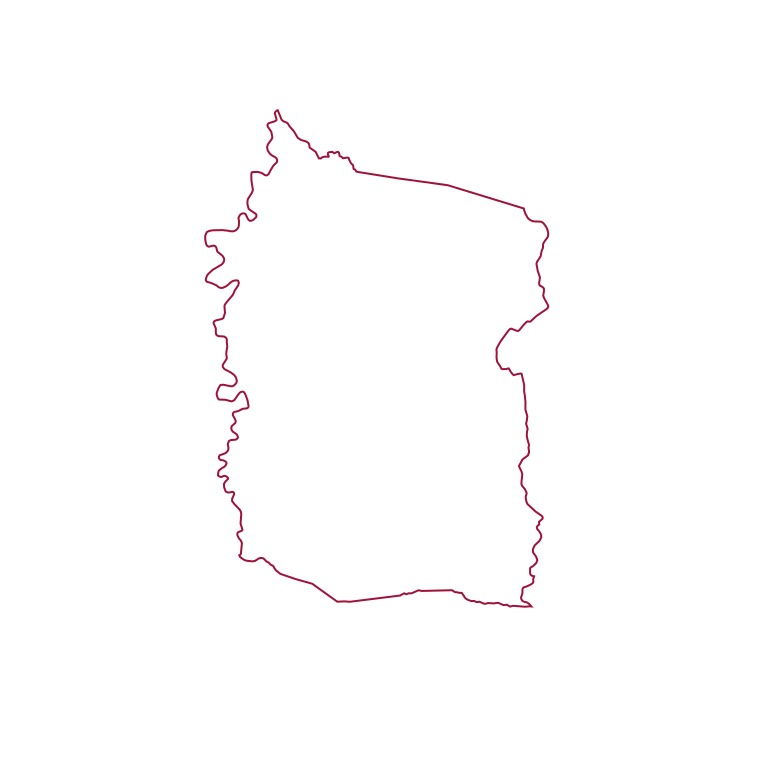 Tocoa, Colón, Honduras, rotated 308°
{"feature_id": "27666195B94157421146472", "entity_name": "Tocoa", "entity_type": "district", "adm_level": 2, "iso_a3": "HND", "parent_name": "Honduras", "parent_adm1": "Colón", "projection": "mercator", "projection_center": [-85.973, 15.578], "detail": "fine", "context": "isolated", "style": "outline", "palette": "rose", "viewbox_px": 768, "rotation_deg": 308, "n_neighbors": 0, "source": "geoboundaries", "source_scale": "gbopen_adm2", "svg_char_len": 6166}
<svg xmlns="http://www.w3.org/2000/svg" viewBox="0 0 768 768"><g transform="rotate(308 384 384)"><path d="M214.2,317.2L213.9,318.9L213.3,319.5L209.2,319.1L206.7,319.4L204.2,321.6L202.1,324.9L201.9,325.9L202.3,327.6L202.9,328.5L205.9,331.2L206.0,332.6L205.6,333.2L204.8,333.8L200.0,335.0L198.2,336.4L197.3,339.9L196.1,347.8L195.3,349.7L193.9,351.4L185.7,356.9L182.0,362.2L180.8,362.3L177.5,360.3L176.4,360.3L175.4,360.8L174.4,361.9L173.0,364.8L172.6,367.2L171.3,369.9L162.2,375.7L161.2,375.9L159.9,375.4L159.1,377.1L159.1,380.0L159.5,383.0L160.6,385.3L163.3,389.6L165.2,391.3L169.1,392.6L170.4,393.4L171.5,394.5L172.2,396.0L172.3,397.3L171.8,400.4L172.3,403.3L171.8,405.5L172.4,408.8L171.4,411.0L170.6,413.7L170.6,419.3L175.9,434.5L182.4,450.4L183.7,481.2L188.4,486.7L191.4,491.2L227.1,526.8L231.5,528.8L232.0,531.0L234.1,532.2L235.9,534.5L242.7,538.2L244.2,541.2L263.4,564.6L263.7,568.1L264.9,569.9L265.8,572.0L267.3,573.9L266.4,576.4L266.3,577.4L265.5,578.8L265.3,581.3L265.7,583.5L266.8,586.6L268.6,588.7L269.1,591.3L271.2,593.3L272.5,598.2L273.4,599.4L275.3,600.7L278.7,605.6L281.8,608.5L283.4,614.5L285.7,616.7L286.2,620.3L288.7,622.3L295.4,632.4L298.2,635.3L299.4,637.1L300.0,634.3L300.0,631.9L299.7,630.5L298.8,629.0L298.3,626.7L298.9,624.8L300.2,623.4L304.2,622.0L307.6,619.4L309.1,619.2L310.1,619.5L312.5,621.2L316.6,623.2L318.7,623.8L319.9,623.6L322.6,621.4L324.9,620.7L323.8,618.1L324.1,616.7L324.8,615.6L328.7,612.6L329.6,612.5L332.2,613.5L336.4,614.2L339.3,613.4L340.2,612.5L341.7,609.9L343.0,605.3L344.6,603.6L346.1,602.9L349.5,602.1L356.1,603.1L359.7,602.4L361.1,601.5L362.1,600.2L363.1,598.1L364.1,594.0L365.2,592.6L366.5,592.3L369.0,592.8L370.4,591.3L371.1,591.0L375.1,591.9L376.4,591.4L377.0,590.4L377.2,589.1L376.8,582.1L377.7,571.0L379.0,568.6L381.3,566.0L382.7,564.9L385.4,563.9L386.2,563.1L387.8,560.0L388.8,555.5L389.6,554.1L391.5,552.6L397.7,548.8L399.7,546.3L402.0,541.5L402.7,540.8L409.8,539.6L416.5,541.4L419.7,540.2L422.9,537.0L425.3,535.8L428.7,531.1L431.2,528.3L434.2,526.2L437.2,524.7L440.2,520.4L443.4,518.9L446.8,516.8L451.0,511.1L457.1,506.4L461.7,502.0L464.2,499.2L469.5,495.1L476.2,486.8L476.7,486.2L476.5,485.4L475.0,483.9L470.8,480.7L471.0,478.8L471.7,476.2L473.1,472.7L472.7,472.2L471.2,471.3L468.5,468.0L468.3,467.2L469.6,464.4L470.9,460.2L471.7,458.9L474.0,456.5L478.2,453.4L480.5,451.3L482.7,450.6L489.3,449.6L502.0,449.2L504.7,449.4L505.5,449.7L506.0,450.4L507.8,456.2L508.6,457.2L510.4,457.5L516.1,457.6L520.7,458.1L521.8,458.7L522.9,460.6L523.7,461.0L531.7,462.3L543.2,466.0L545.6,466.2L547.0,464.9L550.2,457.4L551.6,455.1L556.1,452.6L557.7,451.2L558.0,449.4L557.6,446.1L558.0,445.0L559.1,444.1L564.1,441.2L567.6,435.7L572.5,430.2L574.3,429.4L581.1,428.8L585.9,426.3L589.2,425.4L592.4,423.1L595.3,422.7L600.0,422.6L601.6,422.2L604.2,420.4L606.2,417.8L607.6,415.2L608.7,411.5L608.9,409.6L608.6,407.8L604.2,401.7L603.5,399.7L603.1,397.0L603.5,394.7L605.3,390.5L607.5,387.0L608.4,386.2L579.9,311.9L554.3,267.8L534.7,232.3L534.5,231.0L535.2,229.4L534.7,227.7L537.3,225.0L537.6,222.1L539.0,219.1L540.3,217.1L540.2,216.4L539.8,215.6L536.6,212.7L536.9,210.6L536.3,208.7L538.4,206.3L538.7,204.9L538.0,204.2L535.2,202.7L535.1,200.4L532.9,198.1L531.9,197.6L531.1,197.8L530.3,198.6L529.5,200.2L529.0,200.4L526.4,197.0L524.8,195.9L522.8,195.3L521.7,193.8L524.9,187.2L524.5,179.9L526.8,177.5L527.3,176.3L527.4,174.6L526.8,172.2L525.2,168.4L524.9,164.4L527.6,157.6L528.8,151.4L530.1,147.6L530.1,146.5L529.1,143.1L529.2,140.6L534.3,131.7L533.2,131.1L531.2,130.9L530.1,131.2L526.5,136.3L525.5,136.8L523.7,136.2L518.9,132.8L517.7,132.4L516.7,132.6L515.9,133.1L515.2,134.1L513.9,138.3L513.1,140.2L509.7,144.1L508.2,144.7L501.2,145.0L498.5,146.2L496.4,148.7L495.2,152.3L495.1,154.4L495.7,158.9L495.6,160.5L494.7,161.9L493.3,162.9L492.2,163.0L488.2,162.4L483.2,162.9L478.7,163.8L476.8,163.5L475.9,162.8L475.3,161.6L475.0,157.7L473.5,154.1L470.1,150.0L469.4,149.6L468.7,149.7L466.8,150.9L462.8,154.2L456.1,161.3L453.1,162.2L445.9,162.9L444.1,163.8L441.7,165.6L438.7,169.5L438.7,172.5L439.1,178.2L438.5,179.6L437.0,180.5L433.1,180.0L431.1,179.0L430.2,178.2L429.9,176.8L430.1,175.5L432.7,170.3L432.3,168.7L431.0,167.2L428.6,166.4L425.4,167.0L422.7,169.8L419.1,172.3L418.0,172.7L415.9,173.0L413.2,172.3L411.4,171.1L409.6,168.6L409.0,167.1L405.9,162.1L400.0,154.8L398.1,152.9L396.1,151.5L394.6,150.9L392.9,151.2L390.5,152.0L387.2,154.8L385.0,157.4L384.0,159.2L384.0,160.2L384.4,161.5L387.8,164.1L388.5,165.2L388.7,166.4L388.3,167.8L385.7,171.2L385.6,177.7L384.8,180.1L383.6,181.6L381.3,182.6L378.5,182.6L368.5,178.7L362.1,177.7L360.0,177.9L356.9,179.1L356.2,179.6L355.6,180.9L355.6,181.9L357.0,185.0L358.2,189.5L358.6,191.4L358.5,194.3L359.4,196.6L360.8,197.9L363.3,199.2L365.5,199.9L370.0,200.7L372.4,201.6L374.2,203.2L375.3,204.6L375.4,205.8L374.4,207.3L371.9,208.4L365.7,208.8L363.1,209.6L360.9,210.0L351.4,209.6L348.3,209.8L347.2,210.3L342.0,215.0L337.0,216.8L335.4,216.2L330.5,212.3L328.7,211.6L327.6,211.8L326.7,212.7L324.3,217.2L321.1,219.7L320.0,220.9L319.4,222.1L319.8,224.1L323.0,228.8L323.2,231.0L322.5,232.6L320.2,234.3L317.2,237.3L311.0,240.8L307.6,244.2L306.3,244.6L300.3,245.1L299.0,245.7L298.1,246.7L297.5,249.2L298.8,256.3L298.8,260.7L297.9,263.5L296.0,265.9L294.7,266.8L293.2,267.0L290.7,266.7L289.0,266.0L287.9,264.7L284.7,258.2L283.4,256.5L282.3,255.7L278.6,256.2L274.1,257.6L272.7,258.6L271.0,260.9L270.2,262.7L270.2,263.6L273.9,268.7L276.4,274.5L278.9,276.0L286.7,275.6L288.8,275.8L290.3,276.6L291.2,277.7L291.3,279.2L290.1,281.8L287.2,286.4L283.2,290.9L282.1,291.4L280.7,291.2L277.3,287.8L273.9,286.3L272.0,285.1L269.8,283.2L267.9,283.0L266.5,283.9L264.1,289.2L263.3,290.2L261.6,290.8L257.1,289.9L255.7,290.5L254.5,291.5L253.8,292.6L253.4,294.1L253.6,299.2L252.6,301.1L251.7,302.0L250.2,301.9L248.7,301.3L245.6,297.9L243.9,297.0L241.0,297.6L239.8,298.5L237.8,300.9L236.2,301.8L234.6,302.1L231.9,301.7L226.8,298.5L225.1,298.6L224.0,299.5L223.5,300.9L223.6,302.2L224.9,304.4L225.3,306.1L225.3,307.7L224.5,308.8L223.0,309.3L220.8,309.2L217.4,307.9L214.2,307.2L212.5,307.7L209.8,309.4L209.7,310.8L210.2,312.5L210.8,313.3L212.3,313.9L213.3,314.7L213.9,315.7L214.2,317.2Z" fill="none" stroke="#9f1239" stroke-width="2"/></g></svg>